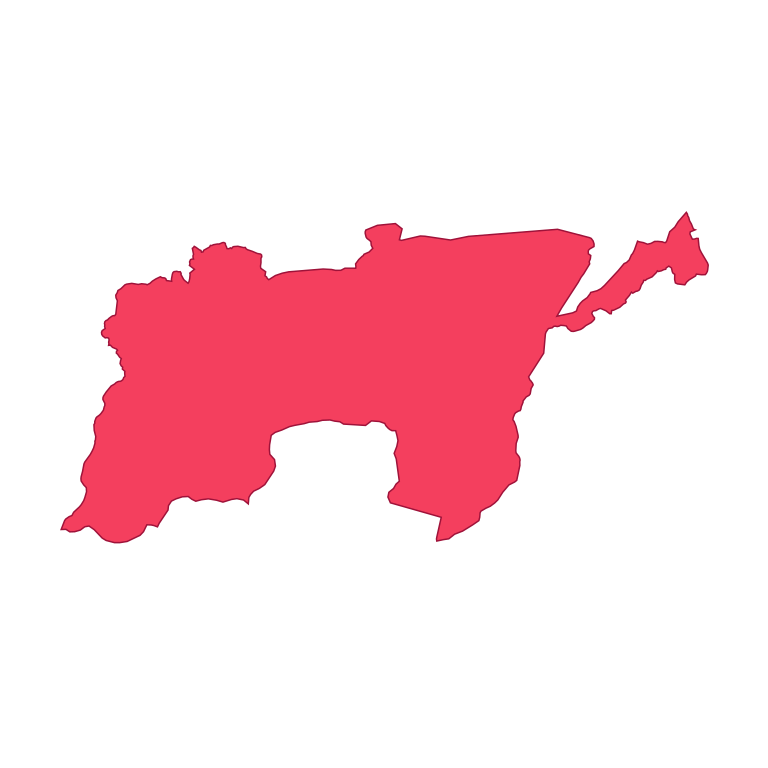 Aldai, Rift Valley, Kenya, rotated 177°
{"feature_id": "3690345B36924206491537", "entity_name": "Aldai", "entity_type": "district", "adm_level": 2, "iso_a3": "KEN", "parent_name": "Kenya", "parent_adm1": "Rift Valley", "projection": "mercator", "projection_center": [34.935, 0.06], "detail": "fine", "context": "isolated", "style": "filled", "palette": "rose", "viewbox_px": 768, "rotation_deg": 177, "n_neighbors": 0, "source": "geoboundaries", "source_scale": "gbopen_adm2", "svg_char_len": 6123}
<svg xmlns="http://www.w3.org/2000/svg" viewBox="0 0 768 768"><g transform="rotate(177 384 384)"><path d="M714.0,255.6L709.2,255.5L705.5,252.8L700.6,252.7L694.9,254.0L690.3,257.1L686.0,257.6L681.0,253.7L673.5,244.9L669.7,242.3L661.5,239.7L656.3,239.4L648.7,240.2L635.5,245.7L631.9,249.1L628.2,255.8L623.8,255.4L621.2,254.7L617.7,253.2L615.8,256.7L606.3,269.4L605.6,273.8L602.4,278.2L597.7,280.2L591.3,281.9L585.4,281.9L582.0,279.0L578.1,276.8L572.3,278.0L565.4,278.5L557.3,276.7L551.0,274.5L542.3,276.7L536.9,277.2L530.3,275.5L525.8,271.4L524.9,277.8L523.0,280.7L519.8,283.8L513.9,286.3L508.3,289.8L498.7,302.8L496.7,307.7L497.3,314.3L501.7,319.7L501.9,324.5L501.4,329.4L499.3,338.7L495.2,341.4L488.4,343.4L480.6,346.4L475.2,347.4L465.7,348.6L460.7,349.8L452.7,350.0L447.4,351.0L439.8,350.9L435.2,349.5L430.0,348.6L426.5,346.1L404.6,343.6L398.5,347.8L390.6,346.8L385.3,344.6L384.3,342.3L382.2,339.7L380.7,338.3L378.5,337.0L374.8,336.8L373.8,332.0L373.0,326.7L374.5,320.9L377.5,314.2L375.7,308.6L373.8,286.1L377.2,283.4L379.9,279.2L384.8,275.6L386.0,270.9L383.8,265.0L333.8,247.9L339.3,228.3L339.7,226.5L339.5,224.4L332.7,225.5L327.4,226.0L321.4,230.3L313.2,233.0L302.8,238.7L296.4,242.6L295.4,245.8L294.8,250.3L293.8,252.0L288.8,254.6L284.2,256.4L279.7,259.4L276.4,262.3L271.1,269.7L264.5,276.7L258.6,279.3L256.5,280.8L252.6,295.5L252.5,299.3L252.1,300.9L252.4,302.9L253.1,304.6L255.7,308.3L255.9,310.3L255.1,317.8L252.8,323.7L252.8,325.8L254.4,334.8L256.0,339.7L257.2,341.6L256.7,343.8L255.0,347.4L253.9,348.5L251.0,350.0L249.4,350.3L248.6,351.8L248.1,354.1L246.1,358.5L246.0,359.8L242.6,363.7L239.7,365.1L238.5,366.5L237.3,371.8L235.1,375.3L235.6,377.0L237.3,379.6L238.2,380.5L239.2,383.6L222.9,406.4L220.2,425.5L219.5,427.3L216.9,430.8L213.1,431.3L211.4,432.7L209.8,432.8L208.1,432.3L206.2,432.6L204.5,433.4L201.0,432.9L198.8,432.3L197.5,429.8L194.3,426.9L192.3,426.6L190.7,426.8L184.8,428.2L182.4,429.5L179.4,431.8L173.8,434.5L171.7,436.3L170.5,437.6L170.3,439.2L171.5,440.7L172.8,443.6L172.0,445.4L170.8,446.1L168.6,446.2L165.4,447.8L163.7,448.1L158.5,445.5L154.9,442.4L153.4,442.3L152.8,445.5L150.8,445.7L144.5,448.3L140.7,451.4L138.6,452.2L137.9,453.3L138.5,455.2L134.3,459.6L132.1,462.8L130.8,461.7L127.7,463.3L126.2,463.5L124.4,464.3L123.3,465.8L121.9,469.3L119.8,472.2L119.3,473.9L117.5,473.8L116.1,474.9L110.6,477.0L106.0,481.2L105.1,482.7L104.1,482.0L101.1,482.5L98.5,483.6L96.7,483.8L96.1,485.2L93.4,486.8L90.9,484.9L90.2,480.9L89.5,479.4L87.9,478.3L88.3,473.3L88.0,471.3L87.7,469.7L85.7,468.6L78.4,467.3L76.5,469.9L73.9,472.0L67.2,475.6L66.3,477.4L61.3,476.5L57.5,476.4L56.4,477.5L55.2,479.5L54.8,481.0L54.0,485.8L54.6,487.9L60.2,498.6L61.7,502.1L62.3,505.7L62.6,512.9L64.2,513.1L66.3,512.5L68.5,512.5L70.7,517.9L70.2,519.9L65.1,521.7L66.9,522.5L68.7,527.8L70.3,531.0L71.0,534.4L71.9,536.1L72.1,537.8L73.1,539.6L81.7,530.7L85.4,525.4L90.7,521.1L94.2,512.0L95.4,510.5L96.9,510.6L98.6,511.4L103.0,512.1L106.3,512.2L109.9,510.5L113.5,509.8L117.5,511.6L121.9,512.7L123.3,513.4L126.9,504.7L128.9,501.2L130.2,499.9L132.6,495.1L135.5,492.6L137.9,491.7L144.1,485.0L158.6,470.9L162.4,467.8L166.3,466.0L172.8,464.6L173.4,463.4L176.6,459.6L181.3,456.6L183.8,454.3L186.5,450.8L188.0,446.8L191.8,445.2L207.8,442.6L202.7,450.6L184.8,475.2L181.6,480.3L178.8,483.6L172.3,493.2L172.7,495.3L171.4,498.1L170.8,501.5L173.1,503.3L173.1,505.5L172.8,506.9L171.3,508.2L167.1,510.3L166.9,512.8L167.7,515.9L169.4,518.5L171.1,519.4L202.6,529.4L291.9,527.0L310.0,524.3L335.3,529.4L340.0,529.9L359.0,526.5L361.1,527.2L357.8,538.0L364.2,543.6L382.3,542.8L394.1,538.7L394.8,537.0L394.9,535.4L394.2,531.7L393.3,530.2L390.8,528.1L389.6,526.7L389.5,523.3L388.1,520.1L391.9,516.6L397.2,514.6L398.0,513.3L399.2,512.6L402.7,509.6L406.1,505.4L405.9,502.7L406.2,501.1L416.9,501.7L421.1,499.8L426.4,500.0L430.4,501.1L438.8,502.0L473.3,501.0L479.8,500.0L486.8,498.0L493.6,494.2L495.0,495.5L495.7,497.1L497.2,498.3L496.3,502.3L501.0,506.0L501.2,508.1L500.5,511.6L500.3,515.9L499.4,517.4L499.5,519.2L500.4,520.2L503.7,521.0L508.6,523.4L513.4,525.3L514.7,526.3L515.3,527.6L517.2,527.6L522.7,529.2L526.8,529.1L528.1,528.6L529.0,527.3L530.2,528.0L532.0,527.2L533.7,527.4L534.1,529.2L535.0,531.2L535.1,532.8L536.5,533.7L538.0,533.6L541.3,532.4L543.2,532.5L547.2,532.0L548.6,531.3L550.1,531.5L551.1,529.9L557.0,527.0L557.8,525.4L559.4,525.2L559.8,526.9L561.4,527.7L564.6,530.3L566.3,531.4L567.1,530.3L568.3,529.5L567.4,523.4L568.0,522.2L568.1,520.6L567.7,518.8L569.2,518.8L570.7,518.3L571.8,516.1L571.5,514.1L572.1,512.6L567.3,508.5L572.1,504.9L571.9,503.5L572.5,499.5L573.3,496.5L574.4,494.9L578.0,498.1L578.8,499.3L581.0,503.9L580.8,505.2L581.6,506.8L583.5,506.8L585.0,507.4L586.4,507.3L587.8,507.2L588.9,506.4L589.6,504.8L590.8,499.7L590.7,497.7L595.8,498.7L596.4,500.6L597.4,501.4L600.1,501.8L601.7,502.8L606.3,500.9L610.0,498.8L612.4,496.8L615.3,495.5L616.5,496.1L620.8,496.8L624.2,496.3L630.6,497.7L635.8,497.2L637.5,496.6L641.8,492.9L644.8,491.3L645.6,489.2L647.2,486.8L647.1,484.1L645.9,481.1L648.2,467.7L649.3,466.4L651.0,466.4L652.5,465.8L655.4,463.8L656.7,462.5L658.3,461.9L659.5,460.8L660.0,458.9L659.7,457.6L660.0,456.1L659.5,454.0L662.6,452.1L663.4,450.4L663.3,448.4L662.5,446.8L660.0,444.6L658.2,444.8L656.6,444.2L656.2,442.5L656.8,440.2L656.6,438.5L657.0,437.0L655.2,437.1L653.2,434.8L649.3,432.9L648.3,431.7L649.4,430.7L649.7,428.9L648.5,427.7L646.6,424.6L645.0,423.1L645.8,421.3L646.5,418.2L645.5,415.9L644.1,414.5L644.5,412.6L642.1,410.2L642.4,408.8L642.3,405.1L643.6,404.1L644.4,402.2L645.6,401.2L647.0,400.5L648.6,400.5L650.1,400.1L651.5,399.4L653.0,398.1L656.6,396.3L661.8,390.6L664.8,386.5L665.4,384.9L665.5,383.2L663.8,379.3L663.9,377.1L664.6,375.8L665.6,372.5L668.2,369.3L669.7,367.9L672.5,366.1L673.4,365.1L674.8,361.8L674.9,359.9L675.8,358.6L675.8,352.7L674.6,346.7L675.1,343.3L675.7,342.1L675.7,340.1L677.3,335.4L679.0,332.2L681.0,329.0L686.9,321.7L687.8,319.9L689.6,312.5L691.3,307.2L691.6,305.2L691.5,303.0L689.2,299.0L686.7,296.1L686.7,291.9L688.7,286.2L690.0,283.2L692.6,279.4L694.5,277.3L700.6,272.2L702.5,269.0L705.4,268.0L708.9,265.8L710.1,264.3L714.0,255.6Z" fill="#f43f5e" stroke="#9f1239" stroke-width="1.5"/></g></svg>